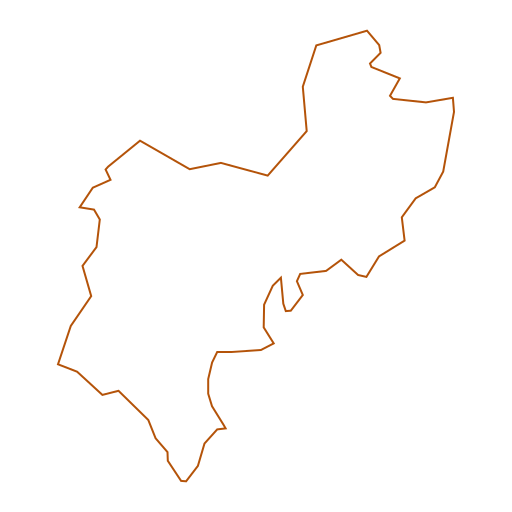 the Unitary Authority of Central Bedfordshire
{"feature_id": "GBR-5697", "entity_name": "Central Bedfordshire", "entity_type": "Unitary Authority", "adm_level": 1, "iso_a3": "GBR", "parent_name": "United Kingdom", "parent_adm1": "", "projection": "albers", "projection_center": [-0.422, 51.997], "detail": "fine", "context": "isolated", "style": "outline", "palette": "amber", "viewbox_px": 512, "rotation_deg": 0, "n_neighbors": 0, "source": "natural_earth", "source_scale": "10m", "svg_char_len": 992}
<svg xmlns="http://www.w3.org/2000/svg" viewBox="0 0 512 512"><path d="M80.2,312.2L91.2,296.1L82.5,265.9L96.5,247.1L99.8,219.5L94.0,209.6L79.7,207.3L92.8,187.7L110.5,179.8L105.6,169.5L108.2,166.6L140.0,140.7L189.7,169.2L220.9,162.9L267.7,175.6L306.7,131.1L302.8,86.7L316.3,45.4L367.0,30.7L379.2,45.1L380.6,52.8L370.0,63.5L371.4,67.0L399.8,78.4L390.0,95.8L393.0,98.9L426.0,102.4L452.9,97.8L454.0,111.9L443.2,171.6L434.8,187.3L415.7,198.3L401.8,217.3L404.6,240.6L379.0,256.4L366.4,276.9L358.1,275.0L341.3,259.7L326.1,270.9L300.2,273.9L296.9,281.2L302.8,295.0L290.8,310.7L285.8,311.1L283.3,303.7L280.9,277.7L272.8,285.7L264.1,304.7L263.7,327.4L273.7,343.4L260.9,350.0L231.3,352.0L217.2,352.0L212.1,362.5L208.2,379.1L208.2,393.7L212.0,406.2L223.6,424.9L225.6,428.4L217.2,429.4L204.5,443.5L197.9,465.9L186.1,481.3L181.1,480.9L167.8,460.8L167.5,452.1L155.6,438.3L148.3,420.0L118.5,390.8L102.4,394.9L77.1,371.7L58.0,364.3L70.8,325.9L80.2,312.2Z" fill="none" stroke="#b45309" stroke-width="2"/></svg>